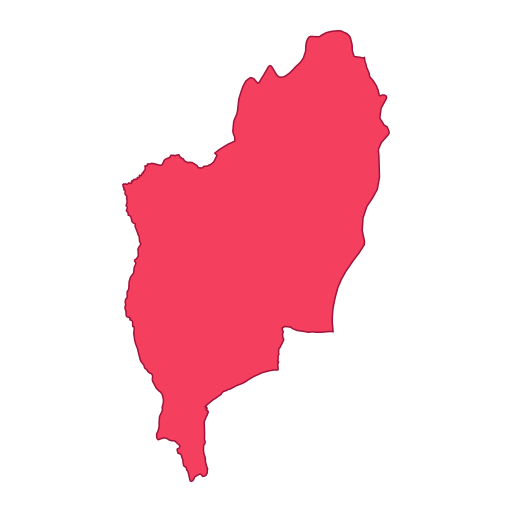 Patate, Tungurahua, Ecuador (Equal Earth projection)
{"feature_id": "8360857B3185299233317", "entity_name": "Patate", "entity_type": "district", "adm_level": 2, "iso_a3": "ECU", "parent_name": "Ecuador", "parent_adm1": "Tungurahua", "projection": "equal_earth", "projection_center": [-78.456, -1.283], "detail": "fine", "context": "isolated", "style": "filled", "palette": "rose", "viewbox_px": 512, "rotation_deg": 0, "n_neighbors": 0, "source": "geoboundaries", "source_scale": "gbopen_adm2", "svg_char_len": 6044}
<svg xmlns="http://www.w3.org/2000/svg" viewBox="0 0 512 512"><path d="M364.4,57.5L363.2,58.0L360.1,57.3L355.2,56.7L354.2,56.3L353.2,53.9L352.3,50.5L352.2,46.6L352.0,44.3L350.5,38.2L349.7,36.4L347.2,33.8L345.7,33.0L343.4,32.1L342.2,31.4L341.0,31.0L338.9,30.7L332.2,31.2L326.4,32.6L321.7,35.0L319.3,36.8L310.5,36.4L309.2,37.0L307.6,39.0L306.5,41.8L306.0,44.4L305.8,46.6L305.6,51.2L303.4,58.0L301.3,61.2L299.3,63.4L295.9,66.5L290.9,71.8L289.1,73.4L286.1,75.6L283.2,77.1L280.9,77.2L279.3,77.0L278.3,76.5L276.5,74.6L272.0,67.1L271.3,66.3L270.7,65.8L269.6,65.7L268.5,66.6L264.0,74.5L258.8,82.8L257.7,83.1L253.9,78.8L251.8,77.8L250.4,77.7L249.7,78.1L248.3,79.0L245.8,81.1L243.0,86.3L240.8,92.5L238.8,99.2L237.6,110.1L236.9,113.8L234.5,119.3L233.7,121.7L232.8,131.2L233.5,134.3L234.6,136.6L234.9,140.2L234.6,141.3L228.6,143.9L224.7,146.2L219.3,149.6L214.8,153.1L217.0,155.4L214.0,161.4L213.2,162.4L210.8,164.4L210.1,164.8L209.5,164.8L207.7,165.9L206.9,166.1L204.0,166.3L202.8,167.5L201.9,167.9L201.3,168.0L198.3,167.7L197.0,165.6L192.4,162.6L189.4,162.2L188.1,162.7L184.5,161.0L183.4,159.0L182.9,158.6L181.7,158.4L181.1,157.6L180.4,157.4L179.6,156.2L179.0,154.9L178.6,154.7L174.5,155.7L173.5,155.3L171.4,155.2L170.8,155.5L169.9,157.0L168.7,158.0L166.6,158.6L165.2,159.4L164.1,160.5L162.4,164.4L162.1,164.7L160.8,165.3L157.8,164.8L157.3,164.7L156.8,164.2L156.0,164.4L155.1,163.9L151.8,163.3L150.1,163.9L147.5,164.0L147.1,165.6L145.6,165.8L145.1,166.0L144.9,166.3L145.2,167.1L145.2,169.3L144.6,170.4L143.4,171.9L143.3,173.0L142.4,173.0L141.4,175.2L140.9,175.7L140.6,175.7L140.0,175.3L139.6,175.2L139.4,175.5L139.4,177.0L138.3,177.7L137.5,177.5L137.3,177.7L137.2,178.6L137.0,179.1L136.5,179.4L135.6,179.2L135.3,179.5L135.0,179.3L133.6,179.6L132.5,181.1L132.0,180.8L131.8,180.9L131.5,181.4L131.6,182.8L131.5,183.1L131.3,183.4L130.8,183.1L129.4,183.3L128.8,182.9L127.8,184.0L127.2,184.2L126.5,184.3L125.3,183.8L124.6,184.3L123.8,183.9L123.4,184.2L123.2,184.6L122.9,184.6L123.2,186.8L123.9,188.1L123.8,189.2L124.0,189.7L124.3,190.1L124.9,190.3L125.2,191.5L125.0,193.7L125.3,194.5L126.6,195.8L126.7,196.6L126.7,198.5L127.1,201.2L126.9,203.7L126.3,204.6L126.1,205.4L126.2,205.9L127.2,206.8L127.4,207.4L127.3,208.3L126.4,210.2L126.5,211.1L127.9,212.2L128.3,215.2L130.2,215.9L130.9,217.0L131.9,221.5L133.2,222.9L135.2,223.9L135.3,224.4L135.0,226.2L137.3,232.0L138.1,234.6L139.2,236.5L139.5,240.9L139.7,241.8L140.7,243.6L140.8,244.2L138.5,247.7L137.9,249.5L138.1,251.2L138.3,255.4L137.8,256.9L136.2,259.1L135.1,259.6L134.6,260.1L134.6,261.0L135.8,263.0L135.7,264.0L134.2,267.4L133.6,273.0L130.4,277.4L129.1,281.8L128.8,288.4L128.2,290.2L127.2,291.5L127.1,294.1L127.2,296.3L127.1,297.5L126.6,298.4L126.1,298.7L125.8,299.1L125.2,301.3L125.2,302.5L125.7,304.6L125.0,306.9L125.0,308.5L126.0,311.4L126.0,314.0L126.4,316.1L126.8,316.6L127.5,317.0L129.8,317.6L130.1,318.2L129.8,318.8L130.1,320.0L131.3,320.2L132.3,321.1L132.6,322.0L132.7,326.2L133.1,326.7L133.8,326.6L134.0,327.0L134.2,328.9L133.7,333.6L134.7,340.1L135.4,343.1L137.5,348.7L140.2,359.7L140.8,361.2L144.0,365.4L144.4,367.2L144.7,368.0L147.0,369.9L147.5,371.1L148.1,371.8L149.6,373.0L151.4,373.7L152.3,375.0L152.6,376.3L152.3,379.7L152.7,381.4L156.3,388.2L158.9,390.9L160.7,392.2L162.2,394.4L162.8,396.5L163.3,399.1L163.4,401.7L163.0,404.3L162.1,407.4L162.5,409.7L161.5,412.5L160.3,414.8L159.6,416.6L159.4,417.7L159.1,423.1L159.1,424.3L159.3,424.7L158.8,428.3L158.1,430.8L156.8,433.5L156.5,435.5L156.8,437.5L157.4,439.0L158.0,439.6L158.5,439.7L160.6,438.9L161.3,438.5L161.8,438.5L164.7,437.8L166.0,438.2L167.3,438.7L169.0,439.9L170.4,440.4L171.9,440.8L174.4,440.7L179.7,445.5L179.8,446.5L179.3,447.8L178.6,448.4L177.3,449.0L177.1,449.7L177.7,452.3L178.0,453.1L180.7,454.2L181.6,455.7L181.6,456.9L182.5,458.9L182.8,459.9L183.2,463.7L183.7,465.5L184.4,466.5L185.9,467.1L186.2,467.8L186.6,469.4L186.9,470.2L187.8,471.3L188.7,474.3L189.3,477.3L190.2,480.9L191.2,481.3L192.4,480.9L193.0,480.3L194.0,478.7L194.8,476.8L198.4,474.7L199.9,474.1L200.8,474.3L201.5,474.9L202.6,476.4L204.4,476.1L205.9,475.4L207.3,472.8L207.3,469.6L207.6,469.3L207.6,468.8L207.2,468.0L206.8,466.4L206.4,465.8L205.8,462.8L205.4,462.1L205.4,458.7L204.7,455.9L204.2,454.9L203.5,450.9L203.6,445.3L204.8,443.8L205.1,442.5L205.1,441.4L204.6,439.9L204.4,438.0L204.6,437.4L204.5,436.0L204.6,433.3L204.2,421.6L204.5,421.4L204.6,420.4L205.3,419.3L205.9,417.7L206.1,416.9L206.5,416.4L206.7,415.7L207.2,415.1L207.2,414.1L207.9,413.4L208.2,412.6L208.0,412.2L208.1,411.5L207.6,410.5L206.9,410.6L206.1,409.9L207.0,408.7L207.1,408.0L206.7,407.7L205.7,407.7L206.0,407.2L206.1,406.8L205.9,406.6L205.4,406.4L208.3,403.7L213.2,399.7L215.5,398.4L220.9,394.4L221.4,393.9L221.5,393.5L222.2,392.5L223.6,391.4L226.5,390.5L227.8,389.6L230.5,388.9L236.1,385.8L242.3,383.4L245.8,381.6L247.8,380.1L253.2,376.8L262.1,372.7L268.8,370.9L273.0,370.1L276.3,369.8L276.7,370.1L277.9,369.9L278.1,369.4L278.0,366.3L277.6,364.2L278.4,362.8L278.5,361.8L278.4,361.3L277.5,360.9L278.2,358.9L278.0,356.2L278.5,355.0L278.5,354.8L278.8,354.4L278.9,353.8L278.4,352.0L278.7,351.4L278.8,348.9L280.1,347.4L281.0,345.2L281.9,343.9L282.3,342.5L283.4,340.8L283.6,340.0L283.6,338.9L283.0,338.0L282.8,337.0L282.6,334.8L282.7,333.4L283.3,331.7L282.9,330.9L282.6,330.6L282.2,328.6L282.2,328.1L284.4,326.6L287.3,326.7L289.7,327.1L290.4,326.9L292.4,328.5L297.2,330.5L304.0,331.4L308.3,332.3L312.5,331.8L316.9,332.3L323.1,332.1L329.6,331.5L333.1,331.7L332.3,322.5L332.3,317.4L332.8,310.1L333.4,306.3L335.1,297.8L337.2,289.9L337.9,287.4L341.6,278.9L346.0,271.1L353.5,260.2L359.3,252.6L364.3,244.7L364.5,241.3L362.2,230.6L363.0,217.9L366.9,206.3L372.6,197.9L377.3,189.3L379.5,177.1L378.9,156.0L378.4,150.7L378.8,148.3L381.5,142.3L387.7,135.4L389.1,133.4L389.0,131.4L387.1,126.8L385.2,125.8L384.1,125.0L379.8,118.1L381.1,108.2L386.2,98.9L386.6,97.5L386.5,96.8L386.1,96.0L384.4,95.1L382.3,95.0L380.1,95.8L379.3,95.5L378.1,90.2L376.3,85.7L373.9,81.8L371.8,79.0L370.0,77.3L369.4,75.2L369.2,73.4L366.7,67.5L365.7,63.4L365.0,61.7L364.4,57.5Z" fill="#f43f5e" stroke="#9f1239" stroke-width="1.5"/></svg>